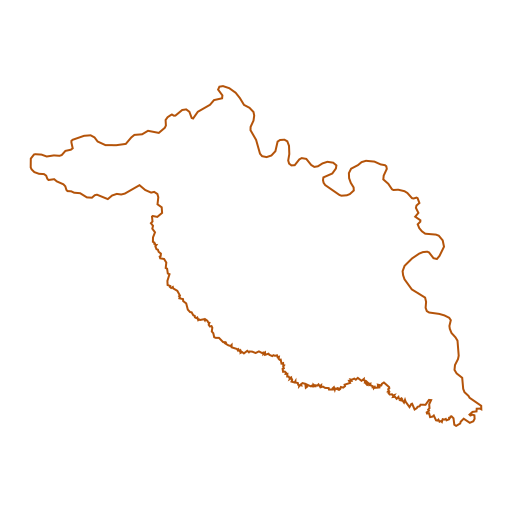 outline of La Victoria (Pacoa), Amazonas, Colombia
{"feature_id": "7082276B65279517003270", "entity_name": "La Victoria (Pacoa)", "entity_type": "district", "adm_level": 2, "iso_a3": "COL", "parent_name": "Colombia", "parent_adm1": "Amazonas", "projection": "orthographic", "projection_center": [-71.093, -0.129], "detail": "fine", "context": "isolated", "style": "outline", "palette": "amber", "viewbox_px": 512, "rotation_deg": 0, "n_neighbors": 0, "source": "geoboundaries", "source_scale": "gbopen_adm2", "svg_char_len": 6080}
<svg xmlns="http://www.w3.org/2000/svg" viewBox="0 0 512 512"><path d="M481.3,409.3L481.2,405.8L469.6,397.8L468.5,395.9L464.5,392.2L463.2,388.9L462.2,377.8L456.6,373.4L454.5,369.9L455.0,365.0L458.0,359.1L458.7,355.7L457.5,340.7L455.5,337.4L451.5,333.0L449.8,328.8L449.4,326.0L450.8,320.2L449.2,317.8L444.4,315.4L439.2,313.9L429.1,312.5L426.8,311.1L425.6,307.8L426.1,301.9L425.1,297.6L411.8,289.4L404.5,279.3L403.1,275.2L402.6,271.2L404.6,265.8L412.1,258.4L419.2,253.6L422.9,252.1L427.2,251.7L429.0,252.4L433.5,258.2L436.9,259.0L439.5,255.9L444.0,246.7L442.7,240.4L438.8,235.7L435.9,234.6L425.2,233.7L421.9,231.3L419.3,228.2L417.7,224.3L420.3,221.7L420.4,220.3L415.2,216.7L418.4,212.9L415.9,207.9L416.5,205.5L419.4,203.0L417.6,198.2L416.5,197.6L413.6,198.5L412.0,198.2L407.4,193.0L404.5,191.2L398.2,189.7L393.4,190.0L392.0,189.3L388.3,183.8L383.3,179.4L383.7,175.6L386.8,168.9L386.3,166.3L385.0,165.2L380.6,164.4L374.4,161.6L366.0,160.8L361.6,162.1L358.0,165.1L351.1,168.7L348.9,173.1L349.1,178.2L350.8,182.9L353.6,187.4L353.8,190.5L349.8,194.1L346.8,195.3L341.4,195.7L339.5,195.0L325.2,185.1L323.6,182.8L323.0,180.1L323.4,177.4L332.3,173.5L335.9,168.5L336.4,165.4L333.2,162.7L327.4,161.8L322.5,163.4L317.9,166.3L314.3,166.9L311.2,165.0L306.3,158.9L301.7,158.1L299.3,159.4L294.7,165.2L291.4,165.4L289.1,163.6L288.2,160.5L289.3,154.1L289.0,145.8L287.3,141.3L284.4,139.7L280.0,140.0L277.6,141.6L275.4,151.2L271.4,155.5L266.6,157.1L262.1,156.2L260.0,153.7L256.1,139.9L250.5,130.2L250.6,126.9L253.5,120.6L254.2,115.6L253.5,112.0L249.5,107.8L244.0,104.9L239.9,98.1L235.7,92.8L229.3,88.2L223.0,86.1L219.4,86.7L218.1,89.6L222.4,95.4L222.1,98.3L214.0,100.1L210.0,104.8L197.8,111.8L193.1,118.5L191.7,118.0L189.4,111.8L186.2,109.4L182.2,110.0L175.4,115.6L173.9,115.7L171.9,114.5L170.6,115.2L167.6,117.2L165.6,120.0L165.9,125.5L164.8,127.8L158.8,132.9L148.0,130.8L142.1,134.3L134.4,134.9L131.3,137.4L125.8,143.9L116.3,145.2L105.4,145.1L97.6,141.5L94.5,137.4L90.6,135.3L84.1,135.8L72.6,139.8L71.4,140.9L71.4,142.5L72.7,148.3L70.9,149.7L65.4,150.9L61.7,155.1L59.5,155.8L53.9,155.4L46.7,156.5L41.5,154.6L35.3,154.2L34.0,154.5L30.8,158.6L30.7,167.4L31.6,169.4L34.3,172.1L39.0,173.8L44.0,174.1L46.2,175.7L47.3,178.7L48.5,180.0L54.2,179.2L56.8,181.4L63.4,184.3L65.3,186.3L66.4,189.9L67.5,191.1L71.2,191.3L74.1,192.7L80.1,193.2L86.9,197.4L91.9,197.7L94.8,195.2L97.0,194.7L107.8,199.1L112.1,195.5L116.8,193.9L121.2,194.5L124.8,193.6L139.5,185.2L145.2,190.0L151.1,192.6L154.2,191.9L157.4,194.0L158.3,197.3L157.5,204.3L161.7,207.3L162.1,212.9L157.3,216.9L152.7,216.0L152.0,216.6L152.5,221.5L150.9,223.2L153.0,225.8L152.3,228.7L155.0,232.3L153.0,237.4L152.9,241.8L154.4,242.6L154.3,243.8L155.1,244.0L155.4,245.2L156.3,245.1L155.4,246.5L156.5,249.2L157.9,249.7L158.6,251.8L160.9,253.6L160.7,256.0L159.7,256.6L160.2,258.3L164.1,259.0L166.3,262.6L165.7,268.0L167.1,268.7L167.8,273.5L169.5,274.2L167.4,280.9L167.6,285.0L170.2,286.0L169.9,286.9L171.2,288.0L172.8,287.0L173.2,288.4L177.3,290.8L179.9,295.5L179.1,296.2L179.8,297.2L179.4,298.3L183.0,299.1L183.2,301.1L186.2,303.4L187.8,309.6L190.1,312.1L191.6,312.3L193.3,315.3L194.7,315.8L194.9,317.3L196.3,318.1L197.3,317.5L198.2,320.1L199.0,319.4L200.0,320.0L204.1,319.2L204.9,320.4L205.3,319.3L207.3,320.7L208.4,322.6L209.4,322.8L208.7,324.8L209.9,326.5L211.5,326.1L212.3,327.7L211.8,331.5L213.3,333.2L214.2,337.2L215.8,337.9L219.0,337.9L223.1,342.1L225.6,342.2L225.9,342.7L225.2,343.4L228.3,345.3L230.5,346.0L231.6,344.9L231.6,347.3L237.0,349.0L237.9,350.4L238.5,349.4L239.8,351.3L240.5,350.4L241.2,351.8L240.9,352.7L242.2,352.1L243.9,353.4L247.3,350.8L248.9,352.3L249.6,351.5L252.1,351.6L255.6,353.0L258.9,351.4L262.0,353.0L263.3,352.6L263.3,354.1L265.0,352.6L265.1,354.8L268.5,353.7L269.3,354.8L272.3,356.1L273.4,355.2L275.0,355.8L277.0,355.3L277.6,357.2L278.9,356.8L278.6,358.7L279.6,359.8L280.7,359.6L281.5,363.6L283.1,363.1L283.2,365.0L284.1,365.3L283.2,366.7L283.8,368.3L282.6,368.9L283.1,371.8L284.8,371.6L286.0,372.7L285.6,373.9L287.4,373.8L287.2,376.5L288.7,376.6L289.5,378.1L290.4,377.7L289.8,379.1L291.4,378.2L292.2,379.9L291.5,381.6L294.6,382.5L295.4,381.2L295.4,382.5L297.8,383.0L298.2,384.8L299.3,385.2L299.2,386.2L300.2,385.1L301.4,385.4L301.1,384.2L302.5,383.1L305.3,383.8L305.8,387.7L307.1,386.7L306.1,385.3L306.5,384.4L310.7,386.3L312.1,385.5L312.3,386.4L313.5,386.5L314.3,386.3L313.9,384.9L315.6,386.1L315.9,385.3L317.3,385.6L318.5,384.4L319.7,386.3L321.1,385.2L320.9,387.2L322.9,386.6L325.1,387.9L328.7,388.1L329.0,389.5L332.7,389.5L332.6,388.4L333.9,387.2L334.8,389.8L335.2,388.5L336.7,389.0L337.4,388.1L338.9,388.5L338.2,389.5L339.0,389.9L340.2,389.0L340.9,387.0L343.2,387.6L345.0,386.2L344.6,384.7L350.1,382.9L349.1,380.9L351.4,380.9L350.6,379.5L351.8,379.7L354.3,378.6L355.8,379.7L357.8,377.9L361.5,380.8L363.8,379.0L363.7,380.2L365.2,380.7L365.0,381.9L366.2,381.2L367.4,382.3L365.7,383.3L367.2,385.0L368.0,384.7L367.6,383.3L369.2,383.6L369.4,384.8L370.4,384.0L370.4,385.2L372.7,386.2L372.6,387.3L373.7,387.2L373.8,388.1L374.8,386.9L375.2,387.8L377.9,387.6L377.9,385.7L379.5,387.1L379.8,386.0L378.9,384.9L381.3,385.4L381.9,383.8L383.9,382.5L389.1,387.1L389.3,388.3L388.2,389.2L388.8,390.6L387.9,391.7L389.2,392.1L388.6,393.2L389.7,394.5L392.0,394.3L392.8,395.5L394.4,395.0L393.1,397.0L395.0,396.8L396.6,398.8L398.4,397.0L398.7,398.5L400.4,399.0L401.5,398.3L402.1,399.1L400.6,400.3L402.7,400.8L404.0,402.6L405.0,399.9L405.6,401.7L409.5,407.1L411.3,404.0L412.1,403.7L414.6,409.5L416.7,408.2L417.6,406.8L419.6,406.3L420.5,404.7L425.5,404.8L429.0,399.9L431.1,400.1L429.2,404.3L429.5,408.2L428.2,409.6L429.0,410.7L426.7,412.4L427.0,413.5L429.1,413.3L430.1,417.1L432.6,416.6L433.8,415.5L436.0,420.3L437.4,420.6L438.4,419.6L439.5,421.7L441.1,421.0L441.9,421.9L442.7,419.2L444.4,419.6L445.8,418.9L446.5,420.3L449.1,419.3L449.1,417.8L450.2,417.7L450.6,416.5L451.5,416.3L453.5,418.3L454.3,424.7L456.1,425.9L460.2,423.5L460.7,421.7L463.7,418.7L469.8,422.8L473.3,421.3L474.6,418.8L474.4,415.3L472.5,414.7L470.4,415.5L469.5,414.6L472.5,411.9L476.5,411.4L476.7,408.7L479.9,408.6L481.3,409.3Z" fill="none" stroke="#b45309" stroke-width="2"/></svg>